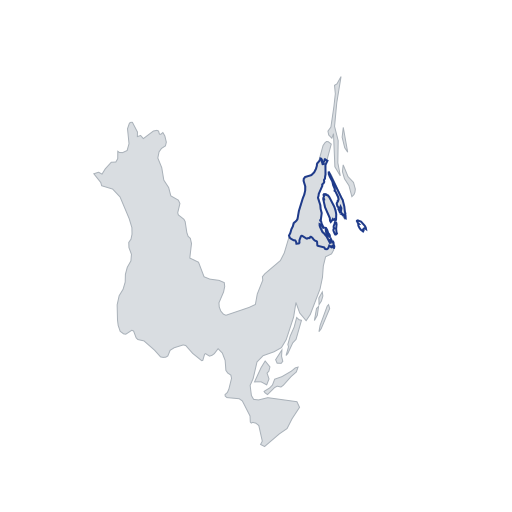 Croatia, with Splitsko-Dalmatinska highlighted, rotated 244°
{"feature_id": "HRV-1492", "entity_name": "Splitsko-Dalmatinska", "entity_type": "County", "adm_level": 1, "iso_a3": "HRV", "parent_name": "Croatia", "parent_adm1": "", "projection": "natural_earth1", "projection_center": [16.561, 43.491], "detail": "fine", "context": "in_parent", "style": "outline", "palette": "blue", "viewbox_px": 512, "rotation_deg": 244, "n_neighbors": 0, "source": "natural_earth", "source_scale": "10m", "svg_char_len": 8194}
<svg xmlns="http://www.w3.org/2000/svg" viewBox="0 0 512 512"><g transform="rotate(244 256 256)"><path d="M84.6,177.5L86.8,180.5L102.4,184.2L105.8,182.6L107.9,180.1L107.9,178.5L109.3,178.1L114.8,180.5L131.7,180.2L135.1,178.3L141.5,167.8L143.6,166.9L145.0,167.4L145.9,170.5L148.4,173.4L156.8,180.4L160.0,181.2L163.2,179.3L166.4,178.8L175.7,182.5L183.5,183.2L189.3,181.3L186.5,175.7L186.0,172.8L186.4,170.3L190.4,167.8L190.2,166.7L185.5,162.4L185.7,161.3L196.2,156.4L206.4,153.6L208.0,151.5L209.4,142.3L208.9,137.5L204.8,132.9L204.6,130.6L205.5,128.2L207.1,126.0L215.9,123.5L228.8,118.1L232.7,113.2L235.0,112.4L242.2,113.1L243.7,111.8L242.8,104.7L244.0,102.9L247.8,100.9L254.0,101.7L259.3,103.5L273.0,109.8L280.3,115.6L284.4,122.0L289.9,127.0L296.8,130.6L302.3,135.4L306.4,141.4L312.1,144.8L319.3,145.5L324.0,147.6L325.9,151.0L329.9,154.1L335.9,156.9L345.2,158.4L368.6,159.7L379.0,156.5L386.8,148.1L390.1,148.7L401.0,146.3L400.3,151.2L397.1,153.5L400.4,158.7L403.7,167.0L401.9,171.2L404.1,174.4L410.7,177.7L408.9,178.6L407.4,181.4L407.3,186.4L412.6,191.1L426.7,196.3L430.9,200.5L431.0,202.2L430.3,203.5L419.4,203.8L415.3,201.7L414.9,205.1L410.9,206.2L413.3,218.5L412.4,222.0L411.0,223.2L407.9,222.6L407.1,223.8L407.8,226.4L403.9,226.7L397.6,225.3L394.7,222.9L394.1,218.2L392.1,214.5L387.1,210.7L376.7,210.0L364.6,206.4L355.8,207.5L347.4,205.8L340.2,210.7L336.5,210.6L329.2,204.6L327.0,204.2L320.6,207.3L318.0,207.4L307.4,204.1L303.5,203.6L300.6,204.7L295.5,203.5L283.2,195.6L275.6,201.6L260.1,200.2L255.5,204.3L250.3,212.1L246.0,215.8L242.3,214.5L237.9,211.1L230.2,202.2L226.3,200.6L221.9,200.2L218.0,201.2L215.9,203.0L212.8,227.4L212.7,234.2L221.3,240.5L231.3,251.5L234.6,252.7L236.2,256.3L241.2,275.9L246.3,282.7L263.7,298.7L271.1,308.9L293.4,328.8L303.2,332.3L304.7,334.2L304.9,341.9L305.9,344.8L312.5,352.9L325.9,364.7L327.5,367.5L328.0,369.5L327.1,371.0L323.6,372.7L308.2,359.3L296.1,352.0L282.5,338.2L264.3,332.8L251.9,326.8L236.1,329.6L231.0,329.6L227.4,328.5L224.8,324.8L224.8,318.2L217.5,312.1L207.7,306.4L198.3,299.1L179.6,279.1L175.9,272.7L185.6,270.3L196.7,271.5L184.7,263.1L167.6,246.5L162.5,238.7L162.0,230.2L163.3,218.7L160.3,210.4L147.1,199.7L142.3,194.0L132.6,190.7L128.2,191.0L125.5,195.2L123.5,204.5L107.1,228.9L100.9,228.8L94.0,217.2L87.3,208.3L85.9,199.0L81.0,180.2L84.6,177.5ZM375.0,401.4L375.2,404.2L380.0,411.1L358.4,395.8L338.0,383.4L323.6,380.4L303.9,370.4L291.1,366.9L301.6,366.0L332.0,379.3L328.6,375.8L332.9,374.4L336.7,375.4L339.0,379.8L356.1,391.5L367.0,398.4L375.0,401.4ZM138.2,242.2L137.7,245.1L134.1,241.4L132.3,234.8L127.9,224.0L127.3,221.0L129.7,218.0L129.6,215.0L126.4,205.6L129.2,204.1L130.8,203.9L131.4,210.4L132.8,214.2L137.1,218.8L136.2,226.4L137.0,237.3L138.2,242.2ZM157.6,218.2L150.2,219.9L146.8,217.0L145.9,214.6L139.8,213.8L135.5,209.1L140.7,205.4L143.5,199.5L153.4,211.6L157.6,218.2ZM275.4,347.4L265.9,347.6L257.7,346.3L253.6,343.9L255.2,338.6L264.4,339.0L278.4,341.4L281.8,344.1L280.7,345.4L275.4,347.4ZM300.0,358.4L295.8,359.2L269.0,358.6L261.3,357.1L250.8,351.8L259.5,350.6L267.6,351.8L270.1,354.7L300.0,358.4ZM179.9,266.7L178.3,268.7L163.5,255.4L161.8,250.9L154.4,241.8L153.4,239.4L160.1,245.4L162.6,245.9L169.1,251.7L175.4,259.2L182.9,265.6L179.9,266.7ZM267.3,368.2L278.5,370.4L286.6,369.4L294.0,370.7L299.7,374.3L287.0,373.5L279.4,375.9L272.6,374.6L270.1,373.0L268.3,371.0L267.3,368.2ZM179.7,298.0L180.5,299.9L176.5,299.2L162.0,282.6L160.4,279.4L165.6,283.3L179.7,298.0ZM154.2,228.2L160.2,238.1L154.6,235.0L149.6,233.9L148.5,231.6L150.4,228.0L154.2,228.2ZM325.0,385.5L333.3,390.8L309.1,383.9L314.4,383.2L325.0,385.5ZM190.7,294.1L194.6,299.8L190.8,298.6L186.9,295.1L184.6,291.3L190.7,294.1ZM182.3,287.4L183.2,290.1L175.8,285.1L172.4,280.2L182.3,287.4Z" fill="#d9dde1" stroke="#a8b0b8" stroke-width="1"/><path d="M259.9,294.6L261.6,296.9L264.6,299.6L266.5,302.1L269.0,304.2L269.4,305.3L269.6,306.6L270.2,308.2L271.0,309.5L277.7,314.3L287.2,323.2L290.1,326.4L292.0,327.9L293.4,329.0L296.9,330.8L302.7,331.7L304.5,332.8L305.5,334.8L304.4,341.2L305.7,345.0L308.1,348.2L310.5,350.3L311.8,351.0L312.4,351.6L312.8,352.4L313.3,353.9L314.0,355.4L314.9,356.4L315.5,356.7L315.4,356.9L315.1,357.1L314.6,357.3L313.6,357.4L313.1,357.3L312.8,357.2L312.5,357.0L312.3,356.7L312.1,356.6L311.9,356.5L310.6,356.4L309.6,356.1L309.3,356.1L309.2,356.3L309.1,357.0L309.3,357.4L309.6,357.5L310.3,357.5L310.6,357.7L310.9,358.0L311.1,358.3L311.4,359.0L311.6,359.3L311.9,359.5L312.5,359.9L312.7,360.1L312.8,360.4L312.4,360.6L312.0,360.8L310.3,362.0L307.4,358.3L298.7,354.2L296.6,352.6L295.6,352.1L295.2,351.8L294.8,350.8L294.4,350.4L293.7,350.1L293.1,350.0L292.7,349.8L292.3,349.4L291.7,348.5L291.6,348.2L291.4,347.2L291.3,346.9L291.0,346.7L290.3,346.5L290.0,346.4L284.3,339.6L282.7,338.6L282.0,338.0L281.6,337.5L281.1,337.2L273.4,336.1L269.9,334.7L265.8,333.9L260.4,330.3L260.3,330.1L260.2,329.7L260.1,329.4L259.7,329.2L259.4,329.3L258.8,329.7L258.5,329.7L256.3,329.2L251.8,329.2L251.8,328.7L252.9,328.7L254.3,328.4L255.6,327.8L256.7,327.1L255.7,326.6L254.3,326.3L248.5,326.2L247.8,326.4L246.6,327.0L246.2,327.1L245.1,327.3L242.6,328.0L235.3,328.2L235.3,328.7L237.3,329.2L238.1,329.7L238.6,330.8L234.9,330.8L235.0,331.6L234.2,331.6L232.2,330.8L230.6,330.7L229.9,330.4L229.1,329.7L229.4,329.4L230.0,329.2L231.3,329.2L231.6,329.0L231.6,328.8L231.4,328.7L231.1,328.6L230.8,328.4L230.6,328.2L230.6,327.7L230.9,327.5L231.3,327.3L231.9,327.1L232.9,326.8L233.2,326.6L233.3,326.4L233.0,326.3L232.8,326.2L232.4,325.5L231.6,324.6L231.3,324.1L231.1,323.5L231.0,322.7L231.2,322.3L231.4,321.9L232.1,321.2L232.5,321.1L232.8,321.1L233.1,321.2L233.4,321.2L233.8,321.1L237.9,316.2L238.4,315.8L238.7,315.8L242.0,317.1L242.6,317.0L243.0,316.7L243.5,316.1L243.9,315.8L244.4,315.5L245.7,315.0L247.4,314.7L248.8,314.1L249.3,313.7L249.4,313.2L249.2,312.9L248.9,312.5L248.7,312.3L248.6,311.9L249.3,310.7L249.2,310.3L249.2,309.9L249.3,309.3L249.7,308.9L253.8,306.4L254.2,305.9L254.2,305.4L253.9,304.9L251.5,302.3L251.0,301.9L250.5,301.6L248.9,300.9L248.7,300.4L248.5,300.0L249.3,297.7L251.2,298.2L252.3,298.2L252.9,298.0L253.1,297.8L253.3,297.4L253.4,297.0L254.5,296.1L256.5,294.8L257.3,294.5L257.9,294.4L259.9,294.6ZM258.3,346.4L253.6,343.9L252.6,342.7L253.1,343.0L253.4,343.3L253.8,343.3L253.9,342.8L254.0,342.7L254.3,342.8L254.6,342.7L254.3,342.2L254.4,341.7L254.8,341.3L255.5,341.2L254.6,339.8L253.8,338.1L255.1,338.0L255.5,338.1L257.9,339.0L269.5,339.4L276.9,341.2L276.9,341.7L276.1,341.7L276.7,342.0L277.3,342.2L277.7,342.1L278.1,341.7L278.7,342.1L279.8,343.3L280.4,343.5L281.0,343.4L281.4,343.5L281.8,344.3L281.1,345.7L280.6,346.1L280.2,345.8L279.1,347.2L277.1,347.7L266.0,348.0L262.1,347.5L258.3,346.4ZM269.9,358.3L268.5,358.5L261.9,357.1L256.8,355.3L255.0,355.0L253.9,354.3L253.2,354.2L250.5,353.1L250.8,352.8L251.1,352.7L251.7,352.6L252.5,353.0L253.2,352.9L254.6,352.1L255.0,352.6L255.2,352.3L255.9,351.6L255.9,352.1L258.0,351.4L259.9,352.5L261.6,353.7L263.3,353.7L261.6,352.1L260.0,351.2L259.5,350.6L260.4,350.7L262.0,350.6L263.3,351.6L263.5,351.6L264.1,351.2L264.5,351.0L265.3,351.0L267.0,351.3L267.9,351.6L268.3,352.0L268.6,352.6L269.1,353.2L269.9,353.7L269.9,354.0L269.7,354.1L270.6,355.0L272.0,355.5L273.4,355.7L279.2,355.7L280.2,355.2L281.0,355.9L282.1,356.2L285.9,356.4L289.5,357.3L294.9,357.1L297.7,357.3L300.0,358.3L284.9,358.3L269.9,358.3ZM242.7,362.5L242.9,362.2L243.2,362.0L243.4,362.1L243.5,362.8L243.3,363.2L242.9,363.6L242.2,364.1L241.5,364.9L240.8,365.5L235.5,367.0L233.4,367.1L232.0,366.7L233.3,366.0L233.4,364.8L232.9,363.9L232.3,364.1L232.0,364.1L231.1,363.0L231.4,362.8L231.6,362.7L231.9,362.6L232.3,362.5L233.7,361.7L236.0,361.3L238.4,361.3L240.2,362.0L239.9,362.3L239.8,362.5L241.2,362.0L241.9,362.0L242.7,362.5ZM251.7,341.7L250.8,342.7L249.2,342.3L245.2,339.9L242.2,338.8L240.7,338.6L240.6,338.2L240.9,338.1L241.0,338.1L240.4,337.6L240.3,337.1L240.6,336.6L241.5,336.5L244.9,336.7L246.1,337.3L246.4,338.6L248.0,338.4L249.2,339.3L250.3,340.6L251.7,341.7ZM246.9,329.5L248.3,329.9L250.8,330.8L250.5,331.2L248.3,331.4L245.2,331.0L244.3,331.0L243.8,331.3L243.0,331.4L242.1,331.3L241.4,331.1L240.9,330.8L241.0,330.4L241.4,330.2L241.7,330.2L242.1,330.3L242.9,330.4L243.4,330.0L243.1,329.4L244.1,329.1L246.9,329.5Z" fill="none" stroke="#1e3a8a" stroke-width="2"/></g></svg>